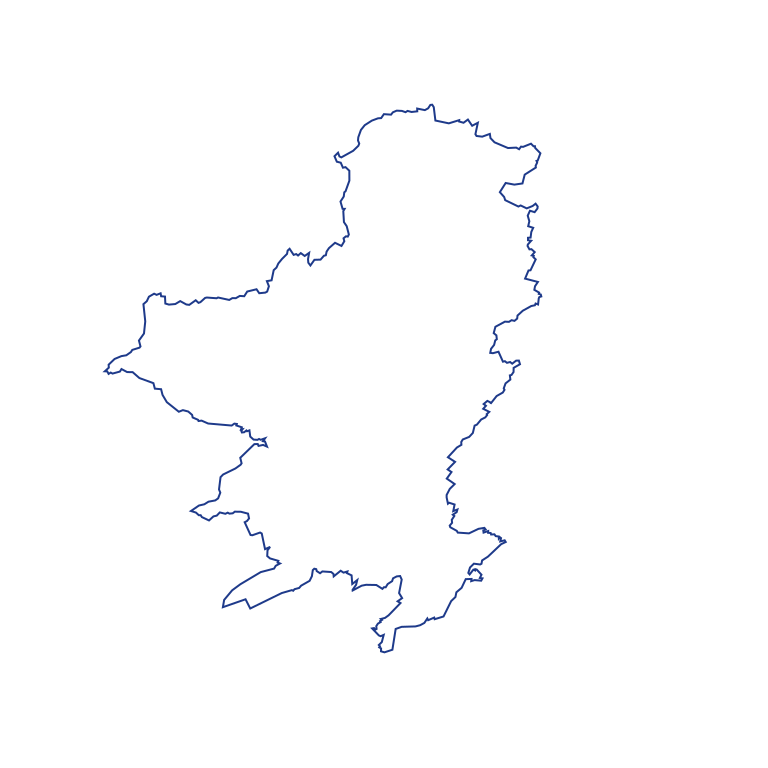 the district of Zacatlán, Puebla, Mexico, rotated 238°
{"feature_id": "50627088B88871832533986", "entity_name": "Zacatlán", "entity_type": "district", "adm_level": 2, "iso_a3": "MEX", "parent_name": "Mexico", "parent_adm1": "Puebla", "projection": "equal_earth", "projection_center": [-98.008, 19.961], "detail": "fine", "context": "isolated", "style": "outline", "palette": "blue", "viewbox_px": 768, "rotation_deg": 238, "n_neighbors": 0, "source": "geoboundaries", "source_scale": "gbopen_adm2", "svg_char_len": 6154}
<svg xmlns="http://www.w3.org/2000/svg" viewBox="0 0 768 768"><g transform="rotate(238 384 384)"><path d="M165.7,362.2L167.0,364.5L168.7,362.5L170.6,365.6L177.5,364.3L178.6,363.3L177.6,362.5L179.2,361.4L177.1,355.7L179.1,355.4L182.8,359.7L184.0,365.0L180.0,369.9L179.9,371.4L182.4,373.7L182.5,380.6L186.1,398.5L185.5,403.5L187.5,403.5L188.9,399.2L191.3,401.6L192.6,401.1L192.1,399.5L193.9,400.5L195.8,398.1L198.0,398.0L199.6,395.1L201.1,395.5L202.7,393.4L204.1,394.4L205.2,389.7L207.2,390.6L206.8,393.1L208.8,392.9L211.1,387.4L212.3,376.9L218.9,367.8L220.9,367.9L227.4,364.3L229.1,364.7L230.2,368.2L232.9,369.5L234.8,373.7L236.7,373.1L236.8,377.7L238.7,379.8L239.5,375.4L244.4,380.0L248.8,376.3L248.6,374.8L254.6,377.0L256.7,378.3L260.2,384.2L261.7,390.9L270.5,387.1L273.6,394.6L277.8,392.7L280.3,403.0L288.0,399.4L291.5,412.2L291.4,417.4L293.9,418.8L295.2,421.4L294.0,428.2L295.4,433.4L300.7,438.8L300.3,441.2L302.4,447.6L302.0,452.2L303.0,455.0L304.0,455.1L304.6,458.5L310.4,455.0L311.5,458.9L314.2,457.9L314.9,462.7L311.7,464.7L310.8,463.9L314.1,473.1L313.8,480.2L315.2,483.1L316.8,483.2L320.1,487.4L320.8,493.5L324.6,495.3L324.1,496.9L325.5,500.2L329.0,502.5L328.7,509.8L332.4,510.8L333.8,508.4L333.3,503.5L335.8,502.6L336.8,499.5L339.3,498.6L339.9,496.7L350.7,498.2L352.4,492.7L354.1,490.6L357.1,493.4L358.8,498.1L362.0,501.4L362.2,503.4L365.7,505.1L369.0,504.0L373.5,508.8L372.8,519.6L370.5,522.9L370.5,526.0L368.4,528.1L368.9,531.6L371.3,533.5L372.6,540.5L372.1,550.2L370.8,553.7L371.9,555.2L369.8,556.8L374.6,560.6L375.4,561.8L374.9,563.8L376.8,564.4L378.4,563.0L379.3,564.0L384.2,561.4L386.9,563.9L389.0,568.6L398.6,559.5L403.7,566.7L402.8,568.5L409.3,578.7L412.4,577.9L413.3,578.9L414.7,577.5L416.0,581.7L420.2,580.5L421.1,578.7L425.0,578.9L426.1,579.9L427.5,584.7L429.6,582.3L431.7,583.6L430.5,585.9L434.9,589.5L437.4,593.3L441.4,589.9L445.0,593.5L450.6,595.1L453.6,599.6L449.9,602.8L451.5,607.1L453.1,608.4L456.6,608.1L456.2,604.4L457.3,598.1L463.0,594.5L463.3,592.0L475.7,584.2L478.9,585.0L485.3,583.9L490.0,593.7L484.0,600.2L480.7,607.7L487.0,614.3L487.1,627.5L488.7,628.2L490.6,631.2L492.4,631.6L492.0,632.7L496.8,638.9L504.0,637.3L505.7,638.0L506.3,636.8L509.9,636.0L511.4,627.6L512.7,626.0L511.5,623.0L514.4,621.4L518.4,614.2L530.4,605.8L536.1,604.6L540.0,606.3L541.7,598.4L545.3,593.9L547.4,593.9L555.8,602.0L556.3,595.6L563.8,595.3L563.4,589.9L566.8,586.8L567.9,587.6L570.7,577.1L580.2,567.2L592.4,572.9L595.3,572.9L596.1,571.2L594.4,567.5L594.6,563.8L600.0,558.1L597.6,556.7L600.1,551.5L603.1,548.7L603.1,546.3L606.1,543.9L609.1,539.6L609.7,535.5L608.7,532.7L612.9,526.9L611.0,522.5L612.5,519.7L613.8,513.3L613.7,504.8L611.7,499.1L606.9,493.0L604.3,491.0L601.0,490.4L599.6,488.5L598.1,481.4L598.8,467.9L600.6,466.8L604.5,467.6L603.4,462.7L597.5,461.8L594.6,464.6L589.2,463.8L588.3,466.3L583.2,467.6L574.8,462.4L567.8,453.5L567.6,451.9L564.3,449.2L561.8,443.8L554.5,441.7L553.4,443.4L552.2,441.1L542.5,435.8L537.6,436.0L529.4,433.4L528.2,431.4L529.4,430.0L529.0,426.9L526.1,426.0L523.6,421.1L529.7,417.3L528.4,409.3L526.7,405.5L524.0,402.9L524.6,401.0L523.1,396.1L526.2,390.8L523.5,384.4L527.0,384.1L530.1,385.7L534.9,390.0L534.6,384.6L539.1,382.8L538.5,379.2L540.7,378.4L541.4,375.8L548.7,375.6L548.2,373.0L545.7,370.7L544.1,363.8L542.2,358.2L539.7,354.5L539.0,350.8L531.5,343.6L533.3,339.2L527.9,338.2L524.3,333.9L524.4,331.8L527.1,326.3L531.9,326.1L534.9,317.0L532.5,312.0L535.1,308.4L535.3,303.8L537.2,300.9L537.3,297.3L545.3,289.1L545.4,287.5L551.2,279.6L551.8,277.9L550.7,271.7L551.1,269.7L554.8,268.7L554.3,260.8L556.2,258.5L562.3,255.1L562.4,249.4L565.3,243.7L568.1,241.2L574.2,244.6L576.5,241.5L579.3,242.6L580.1,238.4L582.4,236.9L582.6,230.9L579.9,226.7L579.2,222.3L563.6,214.7L554.0,207.2L550.7,199.2L544.9,197.4L544.4,195.9L546.3,188.6L545.2,186.3L544.9,180.7L546.8,176.1L548.0,168.8L546.3,160.7L543.7,159.3L542.7,154.0L541.3,156.0L538.5,155.8L538.5,158.3L536.7,159.3L534.5,166.6L535.8,169.3L530.2,172.5L527.3,177.1L518.7,179.7L506.9,188.9L501.5,187.2L497.7,192.2L492.1,190.4L483.7,190.2L469.2,195.3L468.4,199.6L464.4,203.4L459.5,204.9L457.0,204.0L452.2,207.3L450.9,207.1L449.6,209.9L443.7,213.9L429.5,232.8L429.7,236.1L428.1,238.0L427.1,236.8L422.6,240.5L421.2,238.6L420.6,240.1L419.8,238.1L418.2,237.8L417.2,239.8L417.5,242.7L416.5,242.8L416.0,245.3L410.3,242.7L406.0,243.9L403.7,247.1L403.6,248.9L402.0,249.9L401.0,254.4L399.6,251.1L398.3,252.6L392.9,251.6L396.4,249.2L398.0,244.8L400.0,245.1L401.7,242.2L397.6,223.0L392.2,221.2L391.5,219.6L391.1,213.2L392.5,199.6L391.6,196.0L382.0,188.2L378.6,187.6L374.9,182.7L374.7,179.2L377.2,172.8L377.2,167.9L379.0,162.7L378.6,153.0L374.6,156.4L370.9,157.4L369.9,159.0L367.7,159.0L361.0,163.3L362.1,169.2L361.0,172.4L362.1,176.7L358.0,180.7L357.7,183.3L356.0,184.2L354.5,187.2L354.8,189.8L351.5,194.9L346.1,200.0L341.5,198.3L340.4,195.2L340.6,192.6L326.7,190.8L325.5,192.2L323.7,200.2L322.0,201.1L307.0,195.6L306.2,201.1L304.7,197.1L300.0,193.8L296.5,194.9L290.0,200.7L289.0,199.2L286.9,200.7L287.2,195.8L285.7,193.0L289.8,179.8L290.3,156.1L289.5,145.9L285.6,134.0L280.1,129.1L274.8,152.5L264.5,151.6L260.9,186.5L258.0,196.7L256.8,197.4L257.4,199.4L256.0,204.0L256.9,206.8L256.5,216.6L259.2,221.0L263.9,225.0L264.3,227.0L262.9,228.4L261.0,227.8L257.4,229.5L257.7,232.4L252.5,239.6L249.7,240.5L247.5,239.4L248.6,248.3L245.5,249.7L244.4,253.6L243.3,252.3L238.9,255.1L231.2,251.1L231.9,257.4L228.5,253.9L226.1,248.3L225.5,248.0L224.8,258.2L223.2,262.4L217.6,271.0L211.1,274.1L211.7,276.3L210.7,277.7L212.4,281.1L212.5,286.4L214.4,288.7L214.1,292.8L212.6,295.9L208.8,295.4L198.7,286.0L192.8,285.9L192.5,280.4L189.5,281.9L185.4,265.3L185.1,260.9L186.4,256.8L185.0,257.2L185.0,255.0L183.9,255.0L184.0,251.8L182.7,249.1L180.2,247.9L180.3,246.3L182.3,246.2L183.0,244.4L173.5,246.4L171.9,247.5L171.4,250.8L166.3,245.4L165.4,241.3L163.7,241.6L163.2,240.4L161.3,241.4L158.9,239.8L156.2,242.2L154.2,250.3L170.1,264.1L168.7,270.3L161.7,282.3L160.3,286.8L160.0,291.6L162.2,296.5L160.3,296.3L159.3,302.8L157.7,302.3L155.3,311.3L164.3,325.9L165.5,331.7L169.0,335.0L170.0,341.8L175.2,349.9L172.3,354.9L170.6,353.5L169.7,356.9L165.7,362.2Z" fill="none" stroke="#1e3a8a" stroke-width="2"/></g></svg>